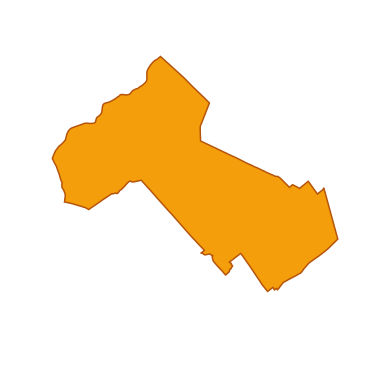 Cheveresu Mare, Timis, Romania, rotated 325°
{"feature_id": "2599482B8335236163508", "entity_name": "Cheveresu Mare", "entity_type": "district", "adm_level": 2, "iso_a3": "ROU", "parent_name": "Romania", "parent_adm1": "Timis", "projection": "mercator", "projection_center": [21.46, 45.664], "detail": "fine", "context": "isolated", "style": "filled", "palette": "amber", "viewbox_px": 384, "rotation_deg": 325, "n_neighbors": 0, "source": "geoboundaries", "source_scale": "gbopen_adm2", "svg_char_len": 5704}
<svg xmlns="http://www.w3.org/2000/svg" viewBox="0 0 384 384"><g transform="rotate(325 192 192)"><path d="M284.4,314.2L299.2,273.0L302.2,264.6L302.1,264.4L300.4,265.2L297.7,265.3L295.0,265.5L293.6,265.6L293.4,251.6L293.4,249.9L284.0,250.6L282.3,250.8L279.6,245.6L278.6,243.7L274.4,244.0L274.2,242.4L273.0,235.4L272.6,233.0L272.1,230.8L271.3,228.7L271.2,228.5L269.2,226.9L267.5,223.8L267.3,223.6L264.8,219.5L261.9,214.3L258.8,208.8L258.5,208.6L258.1,207.9L255.8,203.7L255.4,202.9L255.1,202.7L254.8,202.2L252.7,198.5L251.3,195.8L247.9,189.4L243.9,182.7L238.8,173.6L233.0,163.4L229.3,156.9L228.3,155.1L233.1,147.7L235.7,143.9L236.2,143.2L237.4,142.3L237.9,142.0L238.5,141.6L257.3,129.1L256.1,122.1L253.0,106.3L251.2,95.5L250.7,92.9L249.3,86.7L247.6,79.1L245.7,70.7L243.9,62.9L240.5,63.2L239.1,63.2L237.1,63.0L235.8,63.0L235.2,63.1L231.1,64.1L230.5,64.3L226.7,65.9L225.0,66.9L224.0,67.8L223.3,68.6L222.6,69.5L221.8,70.7L220.2,73.1L219.7,73.8L218.8,74.6L218.3,75.0L216.7,75.6L214.9,75.8L212.9,76.1L211.8,76.1L210.3,75.9L209.6,75.9L209.1,76.0L208.6,76.0L207.9,76.0L207.2,76.1L206.2,75.8L204.4,75.3L203.0,75.1L202.0,75.0L201.4,75.0L200.6,75.1L199.5,75.5L198.1,75.9L197.5,76.0L196.7,76.0L195.3,75.6L194.2,75.0L193.0,74.1L191.9,73.1L191.2,72.5L190.2,71.7L189.5,71.4L188.7,71.3L188.3,71.3L187.9,71.5L187.3,71.6L186.0,71.5L184.5,71.6L182.8,71.6L181.3,71.5L178.6,71.3L176.0,70.9L175.4,70.7L174.9,70.5L171.1,69.2L170.2,69.3L169.8,69.3L168.6,69.9L168.0,70.4L167.2,71.2L166.6,71.9L165.9,72.6L164.6,74.1L164.3,74.4L163.5,75.1L162.6,75.6L161.5,76.0L160.4,76.2L159.1,76.3L157.1,76.4L156.5,76.5L156.0,76.8L155.2,77.4L154.0,78.5L153.5,79.0L153.1,79.2L152.4,79.4L151.9,79.4L151.2,79.3L150.0,78.8L148.6,78.0L148.2,77.6L147.3,77.0L145.9,75.7L144.4,74.7L143.5,74.2L142.7,73.9L142.0,73.8L140.2,73.3L132.6,71.2L130.6,70.6L129.4,70.5L127.9,70.5L125.6,71.1L122.7,72.8L118.5,76.5L116.8,77.1L114.3,77.7L112.5,78.0L110.3,78.2L109.3,78.2L105.3,79.5L103.5,80.1L99.0,82.9L96.8,84.4L96.7,85.3L96.3,87.6L96.1,88.8L95.8,91.2L95.7,91.9L95.7,92.4L95.6,93.2L95.4,93.9L94.7,96.4L94.0,99.0L93.7,99.9L93.6,101.0L93.2,101.9L92.9,102.5L91.5,106.9L91.3,107.5L91.2,108.1L91.1,108.8L91.0,109.4L90.8,109.9L90.5,110.3L90.2,110.6L89.7,111.2L89.2,111.9L88.6,112.9L88.5,113.1L88.2,113.6L88.2,113.8L88.1,114.1L88.0,115.0L88.0,115.8L88.0,116.4L87.9,117.0L87.8,117.3L87.7,117.9L87.5,118.7L87.3,119.4L87.1,120.1L87.0,120.6L86.8,121.1L86.4,121.8L86.0,122.4L85.6,122.9L85.1,123.4L84.5,124.1L83.8,124.8L82.4,126.5L81.8,127.0L82.6,127.8L82.8,128.0L86.5,132.1L87.8,133.6L88.2,134.2L90.7,137.3L92.2,139.2L93.3,140.6L94.6,142.3L95.2,143.0L95.8,143.9L95.9,144.1L96.2,144.7L97.4,147.2L98.1,147.2L99.0,147.1L99.6,147.1L101.2,147.1L106.4,147.2L108.5,147.2L111.7,147.2L113.5,147.2L115.5,147.2L118.0,147.3L120.2,147.3L124.2,147.4L125.6,147.5L125.9,147.9L126.1,148.0L126.3,148.2L126.7,148.4L127.0,148.5L127.5,148.6L128.2,148.8L128.5,148.9L129.0,149.4L129.3,149.8L129.5,150.1L129.8,150.2L130.0,150.3L130.6,150.3L131.1,150.3L131.4,150.2L132.1,149.9L132.4,149.8L132.9,149.5L133.1,149.4L133.4,149.3L133.8,149.4L134.3,149.4L134.7,149.4L135.2,149.4L135.5,149.4L137.4,149.2L137.5,149.0L138.8,148.9L140.7,148.5L142.3,148.1L142.9,147.9L144.2,147.6L147.0,147.3L147.3,147.4L147.5,147.5L147.8,148.0L148.3,148.8L148.5,149.1L148.7,149.4L148.9,149.6L149.8,150.1L150.6,150.5L151.3,150.8L152.3,151.2L153.5,151.8L156.4,152.9L157.2,153.3L157.5,155.8L157.7,157.6L158.0,159.8L158.3,163.0L158.8,166.1L159.0,167.9L159.2,170.1L159.6,173.2L160.1,178.1L160.8,183.8L161.1,186.5L161.4,189.0L161.6,190.5L161.8,192.3L162.1,194.9L162.2,195.3L162.3,195.9L162.5,197.6L162.6,198.2L162.9,200.6L163.2,203.7L164.6,216.4L165.7,226.4L167.6,239.8L168.7,247.0L164.4,247.2L164.4,247.3L164.6,247.5L165.0,247.9L165.1,248.0L165.3,248.2L165.5,248.3L165.6,248.5L165.8,248.9L165.8,249.2L165.8,249.5L165.9,249.9L166.0,250.2L166.1,250.5L166.4,250.7L166.7,251.0L167.0,251.2L167.5,251.4L168.0,251.6L168.9,252.0L169.4,252.2L170.0,252.5L170.5,252.8L170.9,252.9L171.2,253.2L171.3,253.4L171.4,253.6L171.4,253.9L171.5,254.2L171.6,254.6L171.7,254.9L171.9,255.2L172.1,255.4L172.2,255.6L172.4,255.9L172.5,256.0L172.4,256.2L172.3,256.3L172.1,256.3L171.9,256.3L171.6,256.4L171.3,256.7L171.1,257.1L171.0,257.4L170.9,257.6L170.8,257.8L170.8,258.1L170.7,258.3L170.4,259.1L170.3,259.5L169.8,260.5L170.0,263.5L170.3,266.5L171.1,272.2L171.3,273.4L171.5,275.2L171.7,277.6L171.9,279.2L172.4,279.2L173.8,279.0L174.7,278.9L175.8,278.8L176.0,278.8L176.3,278.7L176.6,278.6L176.9,278.5L177.2,278.3L177.5,278.2L177.7,277.9L177.7,277.7L178.1,277.3L178.4,277.2L178.5,277.2L178.7,277.3L178.9,277.3L179.4,277.3L179.6,277.3L180.0,277.2L180.2,276.9L180.4,276.8L180.6,276.7L180.8,276.6L181.5,276.5L181.8,276.4L182.2,276.1L182.4,275.9L182.5,275.8L182.7,275.7L182.9,275.6L183.0,275.5L182.9,275.3L182.8,275.0L182.7,274.7L182.7,274.3L182.7,274.1L182.8,273.9L182.8,273.7L183.0,273.5L183.1,273.3L183.1,273.1L183.1,272.9L183.0,272.5L182.8,271.9L182.8,271.7L182.7,271.5L182.3,271.0L182.8,270.8L183.2,270.8L184.7,270.8L188.5,270.6L192.7,270.4L196.7,270.3L196.7,272.0L196.7,273.0L196.9,273.1L196.8,274.8L196.8,279.8L196.8,286.6L196.8,287.8L196.7,291.8L196.6,295.9L196.5,300.1L196.5,303.5L196.4,304.2L196.3,308.7L196.8,315.9L196.9,316.8L203.6,316.6L203.4,319.5L205.9,319.5L205.9,320.1L205.9,320.6L205.8,321.0L206.2,321.1L207.8,320.7L210.5,319.8L212.4,319.2L214.5,318.6L215.4,318.5L216.4,318.6L218.7,318.9L220.1,319.0L228.1,320.0L230.2,320.3L230.9,320.3L234.5,320.7L235.4,320.5L236.5,320.2L237.8,319.8L238.9,319.3L241.6,318.6L244.9,317.8L246.2,317.4L248.6,317.2L253.7,317.2L255.6,317.1L257.1,317.2L258.7,317.2L262.5,317.0L263.2,317.0L265.8,316.9L267.4,316.8L268.2,316.7L269.7,316.6L270.1,316.6L284.4,314.2Z" fill="#f59e0b" stroke="#b45309" stroke-width="1.5"/></g></svg>